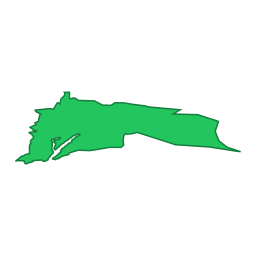 Ulvik nor, Hordaland, Norway (Equal Earth projection)
{"feature_id": "86288312B21987069747825", "entity_name": "Ulvik nor", "entity_type": "district", "adm_level": 2, "iso_a3": "NOR", "parent_name": "Norway", "parent_adm1": "Hordaland", "projection": "equal_earth", "projection_center": [6.947, 60.609], "detail": "fine", "context": "isolated", "style": "filled", "palette": "green", "viewbox_px": 256, "rotation_deg": 0, "n_neighbors": 0, "source": "geoboundaries", "source_scale": "gbopen_adm2", "svg_char_len": 5208}
<svg xmlns="http://www.w3.org/2000/svg" viewBox="0 0 256 256"><path d="M69.3,92.2L64.4,92.4L64.7,92.9L64.8,93.5L64.7,94.2L64.6,94.9L64.2,95.6L63.6,96.6L62.9,97.1L62.4,97.4L61.1,99.0L60.7,99.9L60.0,104.0L59.9,103.9L59.7,103.6L59.3,103.5L58.7,103.2L58.4,102.8L57.4,102.8L55.5,105.7L53.5,109.2L50.0,108.6L35.3,110.1L35.4,110.4L35.3,110.8L35.7,111.0L35.8,111.2L36.3,111.5L36.6,111.8L36.5,112.0L36.9,112.2L37.2,112.2L37.7,112.4L37.9,112.5L38.5,113.1L39.1,113.1L39.9,113.7L40.6,113.8L41.0,114.0L39.4,115.6L39.5,117.2L39.0,117.9L38.4,121.5L34.9,122.8L35.4,123.6L36.2,124.5L30.1,127.3L31.2,128.3L33.1,129.3L33.3,129.5L33.2,130.3L32.7,130.6L34.0,130.3L34.9,130.5L35.6,130.7L36.5,130.7L36.4,131.2L36.3,131.4L36.2,131.8L33.7,131.7L33.0,131.8L31.9,132.2L30.8,132.0L29.2,132.8L31.7,134.4L33.4,136.6L33.1,138.7L31.7,139.4L30.4,141.0L30.7,142.7L31.1,143.6L29.8,144.3L29.8,145.0L29.4,146.9L29.5,153.4L28.5,153.7L27.9,154.0L26.0,154.4L25.4,154.6L23.8,155.6L21.7,156.3L20.3,157.3L20.2,157.5L19.6,157.9L15.4,161.3L16.7,160.7L24.0,160.7L24.3,161.5L24.4,162.3L24.7,163.0L25.1,163.2L25.3,163.6L26.0,163.6L26.3,163.8L26.8,163.8L27.5,163.4L27.8,163.1L28.1,163.1L28.8,162.8L29.0,162.8L30.1,162.5L31.0,162.3L32.4,161.7L32.7,161.6L32.7,161.3L33.2,161.1L33.2,160.9L33.5,160.9L35.4,160.3L36.7,160.3L37.2,160.4L37.5,160.4L38.1,160.3L38.6,160.3L39.0,160.1L40.1,160.1L40.4,160.0L41.1,160.0L41.9,160.3L42.3,160.4L42.7,160.6L43.1,161.1L43.5,161.2L43.5,161.3L44.4,161.4L44.9,161.3L46.0,160.8L46.5,160.6L48.1,159.7L48.0,159.4L47.9,158.9L48.0,158.6L49.0,157.7L49.2,157.4L49.4,157.1L50.3,156.3L50.4,156.0L50.3,155.9L50.7,155.4L50.8,155.1L51.3,154.8L51.4,154.7L52.1,154.0L52.2,153.9L52.2,153.7L52.6,153.3L53.0,153.1L53.5,152.2L53.4,152.0L53.4,151.6L53.3,151.4L52.6,150.9L52.5,150.6L52.1,150.3L52.1,150.1L51.8,149.7L52.0,149.3L52.0,149.1L51.6,148.6L51.8,147.5L51.8,147.1L52.2,146.4L52.3,145.4L52.1,144.7L52.2,144.3L52.1,144.0L52.2,143.7L52.6,143.2L52.4,142.8L52.5,142.5L52.7,142.3L52.8,142.0L52.7,141.8L52.2,141.8L51.7,141.5L51.4,141.4L51.2,141.3L51.2,141.0L51.5,140.5L51.5,140.2L52.0,139.9L51.8,139.8L51.9,139.7L51.8,139.4L52.0,139.3L52.4,139.4L52.7,139.4L52.9,139.4L53.1,139.4L53.9,139.2L54.0,139.1L53.9,139.0L53.9,138.9L54.0,138.9L54.6,138.6L54.9,138.2L55.8,137.9L57.1,137.8L57.6,137.8L58.0,137.7L58.4,137.6L59.7,137.7L60.1,137.8L60.4,137.7L60.4,138.1L60.1,138.3L60.1,138.2L60.0,138.3L59.4,138.4L59.0,138.7L58.9,138.8L59.1,139.0L59.1,139.3L58.9,139.4L57.4,139.7L56.2,139.7L55.7,139.9L55.4,139.8L55.1,140.1L54.6,140.3L54.5,140.5L54.7,140.8L54.3,141.0L54.3,141.3L54.2,141.3L54.3,141.5L54.2,141.6L54.7,142.0L54.7,142.3L55.0,142.4L55.0,142.5L55.3,143.1L55.2,143.2L55.3,143.3L55.8,143.6L55.9,143.9L55.8,144.1L55.5,144.6L55.5,144.9L55.4,145.0L55.3,145.3L55.6,145.5L55.4,146.1L55.0,146.5L54.8,146.6L54.5,146.9L54.4,147.4L54.5,147.6L53.9,148.5L54.0,148.9L54.6,149.5L55.2,149.8L55.7,149.5L56.1,149.1L56.7,148.6L57.3,148.1L57.4,147.8L58.0,147.5L58.5,147.2L58.8,146.9L58.9,146.7L59.1,146.6L59.1,146.4L59.4,146.0L59.7,145.8L59.8,145.8L60.6,145.0L60.8,145.0L61.2,144.6L62.0,144.0L62.3,143.8L63.0,143.4L63.4,143.2L63.9,142.9L64.5,142.3L64.8,141.8L65.3,141.5L65.7,141.2L66.0,141.0L66.4,140.7L67.5,140.3L67.9,139.7L68.1,139.7L68.7,139.1L69.2,138.9L69.2,138.7L70.3,138.1L71.2,137.7L71.9,137.3L72.0,137.1L72.0,136.8L72.4,136.3L72.7,136.2L73.0,135.8L73.8,135.6L74.3,135.5L74.5,135.6L75.1,135.5L75.3,135.3L75.9,134.8L76.2,134.7L76.5,134.5L76.9,134.4L77.3,134.0L77.5,134.0L78.4,134.1L78.5,133.9L78.6,134.0L78.8,134.0L79.0,134.0L78.9,134.1L79.2,134.0L79.7,134.5L80.0,134.8L79.6,135.0L79.3,135.3L78.9,135.4L78.3,135.7L77.7,136.1L77.4,136.2L77.0,136.5L76.5,136.7L76.3,136.8L76.2,137.0L75.5,137.4L75.4,137.8L74.4,138.4L74.2,138.7L73.3,139.2L72.9,139.6L72.7,139.6L72.3,139.9L72.1,140.3L71.9,140.3L71.7,140.9L71.8,141.3L71.7,141.8L71.6,142.0L71.3,142.1L71.0,142.4L70.7,142.4L70.5,142.8L69.0,143.1L68.8,143.3L68.4,143.5L68.2,143.7L68.2,143.9L68.3,144.0L68.2,144.2L67.5,144.5L67.0,145.0L66.7,145.2L66.4,145.3L66.2,145.5L65.6,145.9L65.3,146.2L65.2,146.5L64.9,146.6L64.7,147.0L64.2,147.5L63.6,147.8L63.0,148.0L62.3,148.5L62.2,148.6L62.4,148.8L62.1,149.0L61.6,149.3L61.4,149.6L60.6,150.4L60.5,150.7L61.2,151.2L61.0,151.3L60.9,152.0L60.7,152.3L58.4,153.7L58.4,153.8L58.2,154.4L57.9,154.7L57.6,154.9L57.2,155.2L56.6,155.6L55.5,156.7L55.3,156.7L54.1,157.4L54.0,157.6L53.2,158.0L53.2,158.4L52.7,158.5L52.6,158.9L52.9,159.1L55.4,159.6L57.0,158.7L58.8,158.6L59.1,158.2L59.3,158.0L60.8,156.9L61.8,156.4L63.5,155.8L68.8,154.5L68.8,153.1L70.2,152.7L70.6,152.6L74.0,151.4L75.1,151.2L78.3,150.2L89.5,150.6L94.1,150.0L109.3,147.4L120.9,147.4L123.7,145.2L123.5,144.3L123.2,140.4L123.4,138.8L123.5,137.0L123.6,136.8L124.6,134.0L127.5,134.1L132.4,133.7L137.2,132.4L174.0,144.2L175.4,144.7L209.6,147.0L234.6,150.9L240.6,151.7L227.1,147.2L219.3,141.2L217.6,137.9L217.3,136.8L215.2,131.3L218.1,122.5L218.4,121.4L197.8,114.7L173.1,114.0L180.2,109.8L149.1,107.0L147.9,106.8L145.3,105.9L132.4,104.3L124.1,102.9L114.5,102.8L113.5,103.9L110.8,105.4L107.3,105.2L103.5,105.1L102.6,105.2L101.2,104.4L94.4,100.9L78.3,100.4L77.7,100.0L75.4,98.2L74.5,98.1L72.8,98.0L71.4,98.9L69.4,98.0L69.5,97.4L69.2,96.4L69.1,96.1L69.2,95.8L69.7,93.9L69.3,92.2Z" fill="#22c55e" stroke="#15803d" stroke-width="1.5"/></svg>